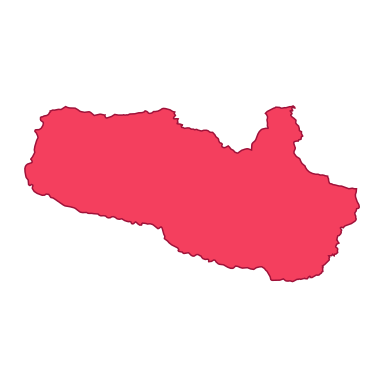 the district of La Peña, Cundinamarca, Colombia, rotated 91°
{"feature_id": "7082276B76802469415044", "entity_name": "La Peña", "entity_type": "district", "adm_level": 2, "iso_a3": "COL", "parent_name": "Colombia", "parent_adm1": "Cundinamarca", "projection": "natural_earth1", "projection_center": [-74.408, 5.202], "detail": "fine", "context": "isolated", "style": "filled", "palette": "rose", "viewbox_px": 384, "rotation_deg": 91, "n_neighbors": 0, "source": "geoboundaries", "source_scale": "gbopen_adm2", "svg_char_len": 5983}
<svg xmlns="http://www.w3.org/2000/svg" viewBox="0 0 384 384"><g transform="rotate(91 192 192)"><path d="M104.2,92.4L105.0,94.3L105.0,95.8L106.1,99.5L106.1,101.0L106.6,103.4L106.6,104.5L105.9,105.9L105.7,109.7L106.6,110.9L106.7,111.7L110.2,118.2L112.1,120.0L113.3,118.8L115.3,117.8L116.8,117.8L118.6,118.3L121.7,117.7L124.6,117.8L126.4,117.0L127.0,117.1L127.0,119.2L127.9,122.9L128.6,124.0L130.4,125.7L132.9,127.1L138.5,129.1L140.0,130.1L141.5,131.8L142.6,132.7L143.8,133.0L149.0,133.2L147.9,136.5L147.8,137.7L148.2,139.6L149.4,143.0L152.2,146.8L152.3,147.5L151.4,149.8L149.6,151.4L148.4,153.8L146.6,155.2L145.3,156.6L146.7,159.0L147.1,160.2L147.0,161.5L146.1,162.9L144.9,163.0L143.7,162.6L143.2,162.9L142.7,163.5L142.6,164.4L141.9,165.3L140.2,166.2L138.9,166.4L138.1,166.8L136.3,169.1L134.3,170.2L132.0,172.4L132.0,174.2L131.7,175.4L130.4,177.1L130.0,178.8L130.1,181.4L130.7,183.1L130.8,183.9L129.9,187.3L129.3,188.4L129.7,190.4L129.1,191.9L129.2,193.7L128.0,196.0L128.0,197.8L128.5,200.6L127.7,202.1L127.6,203.4L126.0,204.0L125.7,203.8L125.6,202.9L125.0,202.8L124.3,205.1L124.1,207.4L123.9,208.0L123.4,208.0L122.6,207.3L121.0,207.8L119.1,207.1L119.0,208.8L119.2,210.7L118.9,211.7L117.8,211.6L115.7,209.9L113.9,211.2L112.3,210.6L111.9,212.6L110.2,215.4L109.1,219.8L108.9,221.8L109.2,223.2L110.4,224.9L111.7,227.4L112.2,230.1L112.2,231.7L113.8,233.7L114.2,235.6L113.9,236.9L112.9,237.7L112.2,238.7L111.7,240.3L112.8,241.3L113.5,243.2L113.8,246.9L114.8,250.6L115.1,255.5L116.1,257.6L116.0,258.7L116.3,260.2L116.0,261.9L116.3,262.7L116.4,266.9L115.8,270.6L117.9,273.8L119.5,278.4L119.3,279.3L118.5,280.0L117.6,280.4L116.5,280.3L116.6,280.8L115.8,284.6L115.8,285.4L117.2,291.1L114.4,294.5L113.7,295.7L113.6,296.6L114.2,300.8L113.6,304.2L113.2,305.5L111.7,307.6L110.2,310.3L110.1,315.9L109.6,318.1L108.8,319.8L111.8,324.3L111.7,327.1L112.6,331.0L112.5,332.7L113.4,334.6L113.4,335.2L114.7,335.3L115.0,335.8L116.7,336.7L117.4,337.5L118.2,339.0L118.3,340.2L118.8,341.8L119.4,342.6L119.5,343.7L120.0,344.7L121.9,344.8L123.1,344.4L124.9,342.0L125.6,341.8L128.0,342.2L130.9,343.9L131.9,345.3L132.3,346.1L132.5,349.2L132.9,349.9L133.6,350.1L134.2,350.1L135.7,348.7L138.6,347.3L140.4,346.9L143.1,348.2L149.1,349.9L152.6,350.4L155.2,349.9L159.7,352.1L161.8,353.7L162.3,353.7L162.8,353.0L164.1,352.4L165.1,352.5L165.6,353.1L167.0,357.0L168.2,358.3L169.4,359.0L171.4,359.5L174.7,359.3L178.7,358.5L180.4,358.0L182.9,356.0L187.5,355.5L188.3,354.4L188.2,353.8L187.3,352.7L187.8,351.4L188.7,351.2L190.0,351.7L191.3,351.7L194.2,349.8L196.1,346.8L197.9,341.7L197.7,339.3L196.8,338.1L196.6,337.4L196.9,335.2L199.9,333.1L200.4,330.9L201.0,329.8L207.2,320.5L208.1,318.7L208.9,313.5L209.9,309.5L210.5,308.3L213.7,304.0L214.2,302.8L214.5,301.0L214.3,297.1L215.0,295.8L215.2,294.6L215.1,292.1L215.4,289.8L215.6,285.7L216.9,284.2L217.4,282.6L217.2,280.0L217.5,278.0L218.9,276.4L219.3,275.2L219.1,273.2L218.2,271.9L218.0,270.2L218.7,268.3L220.0,266.6L220.3,265.7L220.5,264.1L220.0,261.7L221.7,258.9L222.5,256.4L222.8,254.9L222.6,254.0L222.9,252.9L223.1,252.5L224.5,251.9L224.9,251.2L224.7,249.9L222.9,248.0L223.3,247.1L224.8,245.6L226.0,243.7L225.9,241.9L225.6,241.7L224.5,241.6L224.0,241.1L224.1,239.0L224.4,236.9L224.8,236.2L224.5,233.3L225.1,231.0L225.9,229.7L229.2,225.5L229.1,224.7L227.5,222.6L227.6,222.0L228.7,221.2L234.6,219.5L236.5,218.5L237.0,218.4L239.1,218.8L241.4,215.6L243.2,214.0L245.2,211.4L248.1,205.4L249.6,204.3L250.9,204.8L251.6,204.1L252.3,200.6L253.4,199.7L253.6,198.9L252.8,194.6L253.2,193.9L255.4,191.6L256.1,189.9L256.0,188.7L254.5,186.4L254.4,184.9L255.6,182.8L255.7,182.1L257.4,180.9L258.4,179.9L259.2,177.6L258.9,175.3L259.2,174.4L259.9,174.1L260.9,174.2L261.4,174.0L261.0,171.2L259.7,169.3L259.7,168.3L260.0,167.6L261.5,166.7L263.4,164.4L263.8,163.2L264.2,159.3L266.6,154.9L267.6,152.1L267.6,149.9L267.1,149.0L265.4,147.3L265.4,146.2L265.7,144.6L266.5,142.9L267.2,140.4L266.7,135.2L267.9,132.0L268.3,128.9L266.5,126.3L265.7,123.2L265.5,121.0L267.2,118.2L268.8,117.0L270.0,115.6L275.3,112.4L278.1,111.7L278.7,111.0L278.9,110.2L278.6,102.6L277.3,99.1L279.0,97.0L279.3,96.1L279.4,94.4L279.1,92.4L279.8,90.0L279.4,88.9L277.4,85.3L277.6,84.5L277.1,83.4L277.4,81.9L277.0,80.2L276.7,79.6L276.6,78.3L276.3,77.9L276.7,77.0L276.8,75.3L276.3,74.8L275.0,74.1L274.2,72.9L274.3,72.5L275.3,71.7L275.4,71.8L275.4,70.5L273.0,66.5L272.8,65.7L273.0,64.8L272.7,63.5L271.6,62.4L270.8,61.2L269.7,60.8L269.2,59.8L266.3,60.1L265.9,59.9L265.2,60.2L264.7,59.6L263.7,60.3L262.2,58.1L257.7,53.7L256.8,53.6L255.8,53.9L254.9,53.3L253.4,54.2L253.2,51.3L251.9,50.4L253.0,49.3L253.3,48.7L251.7,48.5L251.6,47.1L250.0,45.3L248.3,45.6L246.5,45.3L245.7,45.7L244.5,47.3L243.8,47.4L242.5,46.7L241.8,46.6L240.5,44.2L239.0,45.4L237.6,45.9L237.4,46.5L233.3,45.5L232.9,44.1L231.2,42.6L230.0,42.1L228.8,42.3L228.0,41.8L227.3,41.8L226.0,42.8L225.3,43.0L224.6,42.2L225.1,40.0L224.1,39.4L223.1,38.2L220.8,32.1L218.3,28.5L216.9,27.5L215.9,27.4L215.3,27.8L213.1,27.9L212.0,28.5L210.1,28.9L208.2,27.6L205.8,27.1L205.4,25.3L205.0,24.9L204.1,24.5L203.0,24.7L201.7,25.0L198.8,26.7L194.1,28.4L191.8,28.6L189.0,27.8L185.9,27.6L185.9,29.7L185.4,31.8L186.0,35.2L183.5,42.5L183.4,45.2L182.5,48.8L182.1,51.4L181.5,52.3L181.2,54.1L180.6,54.8L178.7,55.5L176.2,55.8L174.9,56.5L173.8,56.6L173.4,59.4L173.0,60.2L172.7,61.8L172.8,64.1L172.0,66.3L172.1,68.5L171.4,71.8L170.3,74.3L169.6,75.5L167.7,77.5L165.4,79.0L164.1,79.4L161.6,82.5L159.6,83.7L157.2,84.7L156.6,85.2L154.7,88.3L151.9,90.4L151.3,90.7L149.6,90.7L147.3,89.7L146.1,89.5L142.0,91.0L140.5,91.1L139.7,90.1L139.2,88.0L139.2,86.6L138.0,86.2L137.4,84.0L134.8,83.5L134.5,83.2L134.4,82.4L134.1,82.3L131.8,83.6L129.8,83.6L129.0,85.3L128.3,85.8L126.6,85.9L124.2,86.6L122.5,88.5L121.4,89.4L120.6,89.5L118.4,89.3L116.5,91.4L115.3,93.2L113.6,94.6L113.1,94.6L112.2,93.5L111.6,93.4L109.6,95.1L109.2,95.2L109.0,94.8L109.2,93.1L109.0,92.8L108.5,92.8L107.4,93.6L106.5,93.6L106.0,93.3L105.7,92.5L106.2,91.1L106.2,90.6L105.5,90.8L104.2,92.4Z" fill="#f43f5e" stroke="#9f1239" stroke-width="1.5"/></g></svg>